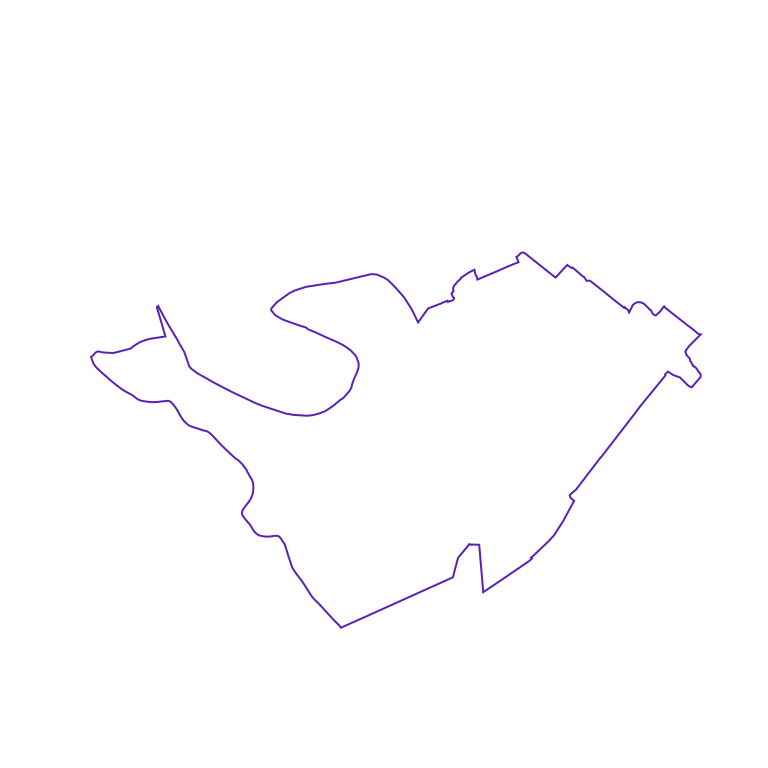 Mahmudia, Tulcea, Romania (Albers equal-area conic projection), rotated 215°
{"feature_id": "2599482B4733936429488", "entity_name": "Mahmudia", "entity_type": "district", "adm_level": 2, "iso_a3": "ROU", "parent_name": "Romania", "parent_adm1": "Tulcea", "projection": "albers", "projection_center": [29.111, 45.091], "detail": "fine", "context": "isolated", "style": "outline", "palette": "violet", "viewbox_px": 768, "rotation_deg": 215, "n_neighbors": 0, "source": "geoboundaries", "source_scale": "gbopen_adm2", "svg_char_len": 5182}
<svg xmlns="http://www.w3.org/2000/svg" viewBox="0 0 768 768"><g transform="rotate(215 384 384)"><path d="M279.4,159.7L278.6,161.2L261.9,189.1L251.0,207.5L216.6,265.3L217.3,266.9L219.8,273.5L222.3,280.4L223.5,283.7L223.6,284.5L223.4,287.6L222.6,296.5L222.4,299.4L222.5,300.7L222.5,301.4L222.1,301.8L221.6,302.1L221.2,301.8L220.9,302.0L218.0,304.2L213.8,306.9L183.3,270.4L174.8,292.4L173.0,297.2L172.5,298.6L164.5,319.7L163.4,322.8L162.7,325.9L164.0,326.0L163.6,327.7L163.2,328.7L158.7,351.3L158.6,353.3L158.5,353.9L157.9,357.2L158.7,375.2L161.0,394.9L161.2,397.2L166.0,397.8L166.6,398.3L168.2,399.5L166.2,407.6L166.1,407.9L164.5,447.3L164.4,447.6L164.4,448.0L164.2,448.1L161.7,502.2L161.3,513.1L158.4,552.4L159.3,553.1L158.6,557.0L158.1,557.1L152.6,557.2L150.0,557.8L145.7,559.1L141.4,558.5L136.2,557.5L133.5,557.1L130.1,557.7L130.0,558.0L128.9,569.4L128.5,570.6L129.4,572.7L130.6,573.7L131.7,574.1L133.4,574.5L134.6,574.8L135.8,575.6L137.6,576.1L139.3,576.4L140.9,575.9L141.5,576.7L142.1,576.7L142.9,576.8L144.6,578.1L145.6,578.2L146.1,578.3L146.9,579.1L147.8,580.1L149.8,580.6L152.4,581.1L154.6,582.5L155.6,583.2L156.0,585.6L155.8,590.4L153.0,606.3L155.1,605.5L156.3,605.4L160.1,605.8L163.1,606.0L166.1,606.1L169.4,606.2L172.9,606.4L178.4,606.7L182.5,606.9L188.6,607.2L193.9,607.6L197.2,607.7L198.1,608.2L199.1,608.3L199.2,607.7L199.4,601.8L200.3,597.4L200.7,596.2L201.1,595.8L201.9,595.6L202.7,595.6L203.8,595.6L204.5,596.0L205.3,596.3L206.4,596.8L207.2,597.4L208.2,597.4L209.4,597.5L211.9,598.0L216.0,598.7L218.3,598.8L221.1,597.9L223.2,596.4L224.1,595.3L225.0,593.3L225.5,591.1L224.2,583.7L224.2,583.2L226.7,584.7L229.9,584.6L230.9,585.0L231.0,584.1L236.4,584.4L242.1,584.7L254.5,585.6L260.7,586.0L261.4,586.0L269.7,586.5L273.9,586.7L274.9,586.6L277.2,584.7L279.5,585.7L281.8,586.4L282.8,586.2L296.1,587.6L296.6,586.7L301.3,586.5L302.2,586.6L302.7,583.0L304.5,569.6L305.7,569.6L343.1,571.9L344.7,571.8L345.7,571.4L346.3,570.8L346.9,569.8L348.0,564.6L348.4,564.1L343.7,560.9L346.7,556.4L349.0,552.8L349.6,551.9L350.0,551.3L352.1,547.8L354.4,544.0L356.1,541.1L358.6,537.2L365.4,526.3L367.4,523.1L370.4,525.7L371.4,525.8L375.5,529.4L377.9,525.1L378.8,523.0L381.8,515.4L381.6,515.2L381.6,513.8L382.3,510.6L382.6,509.5L382.6,509.1L382.7,508.1L382.6,507.1L382.7,506.5L382.9,505.9L383.0,504.9L382.5,502.7L381.8,501.2L381.1,500.7L380.4,500.1L380.4,498.3L380.7,497.7L380.7,497.1L379.7,496.2L377.6,494.8L377.2,494.8L376.9,494.8L376.5,494.8L376.2,494.7L375.8,494.4L375.6,493.9L375.5,493.2L375.6,492.5L376.0,491.5L376.8,490.5L378.3,488.6L378.8,487.9L379.3,488.4L379.7,488.7L381.6,485.7L382.4,484.6L383.7,482.3L390.9,471.7L391.2,471.4L391.4,454.0L404.5,461.3L417.3,466.5L430.8,469.8L440.1,471.4L444.7,471.2L452.4,469.7L457.5,466.7L462.0,461.6L466.2,456.9L478.7,442.7L482.1,438.9L489.5,432.4L503.5,419.0L510.9,409.2L513.6,404.1L518.6,389.8L519.6,381.8L519.0,379.8L513.0,378.0L510.9,378.1L504.1,378.7L497.2,380.5L485.7,383.7L480.6,385.5L477.5,385.3L469.6,387.0L457.5,389.2L447.9,391.2L440.3,392.4L433.4,392.5L430.4,392.4L423.3,390.9L420.7,389.4L416.5,386.3L414.1,382.5L412.6,377.1L411.4,370.6L410.3,366.6L408.6,362.0L408.3,357.9L408.9,352.5L409.4,348.8L410.8,345.5L412.9,337.7L415.0,331.8L416.9,327.4L420.7,322.1L424.4,317.7L428.6,314.0L434.2,310.6L439.9,307.1L447.3,303.5L470.5,296.5L478.9,294.5L485.1,293.5L494.9,291.8L503.7,290.3L512.4,289.1L517.8,288.4L525.5,287.4L533.8,286.7L542.0,285.8L549.5,285.9L551.7,286.2L553.8,286.8L555.8,288.3L566.0,295.7L574.6,299.6L579.3,302.0L586.9,305.4L596.8,309.8L612.1,317.5L613.8,318.4L614.2,316.7L590.3,297.6L601.3,287.1L603.9,284.1L607.5,279.0L608.7,276.7L610.4,272.5L612.0,267.5L623.2,254.4L627.2,251.8L632.4,248.6L635.9,247.2L637.4,246.2L638.3,244.1L638.6,242.2L638.9,240.0L639.5,238.1L635.9,235.6L633.5,234.0L629.5,232.6L625.0,231.9L619.7,231.2L615.2,230.8L610.3,230.2L604.6,229.7L599.9,229.5L596.4,229.4L593.7,229.5L590.4,229.7L587.2,230.1L583.5,230.5L577.0,230.2L574.3,230.7L570.5,232.3L564.6,235.4L560.4,238.4L556.0,242.3L551.1,246.5L549.9,246.9L548.8,247.0L546.2,246.6L541.8,245.4L537.8,243.7L530.3,240.1L526.9,239.0L524.6,238.6L522.1,238.3L519.7,238.2L516.2,239.0L511.5,240.5L505.9,242.2L502.7,243.4L501.1,243.9L499.6,243.9L497.8,243.8L495.7,243.5L488.1,241.9L482.6,240.7L480.0,240.3L473.8,239.3L468.9,238.6L465.1,238.1L461.6,237.7L460.6,238.1L459.1,237.9L454.6,237.1L450.6,235.9L447.9,235.0L445.2,233.4L443.5,232.8L440.9,231.4L437.4,229.9L434.2,227.6L432.3,225.3L430.1,221.8L428.7,219.1L427.8,216.2L427.3,213.2L427.2,210.5L427.2,209.2L427.4,206.3L427.6,201.6L427.5,200.7L427.2,198.4L426.4,196.8L425.5,195.8L423.7,194.9L420.2,193.7L416.1,192.6L414.0,192.2L411.3,191.2L409.5,190.4L407.0,189.2L404.8,188.5L401.8,188.2L400.5,188.2L398.2,188.8L396.6,189.5L393.8,190.9L392.3,191.9L390.1,193.5L388.3,195.1L386.8,196.6L385.5,197.7L384.5,198.3L383.1,198.8L381.9,198.8L380.0,198.3L374.4,196.1L372.5,195.1L368.7,192.2L364.4,188.8L358.6,184.5L356.0,182.5L353.9,181.1L351.6,180.0L347.5,178.4L341.9,176.7L338.4,175.5L335.1,174.3L330.4,172.3L325.6,170.3L320.4,168.3L318.2,167.8L314.4,167.1L310.5,166.5L306.7,165.6L300.4,164.2L291.7,162.3L284.1,160.8L283.3,161.0L282.9,160.7L279.4,159.7L279.4,159.7Z" fill="none" stroke="#5b21b6" stroke-width="2"/></g></svg>